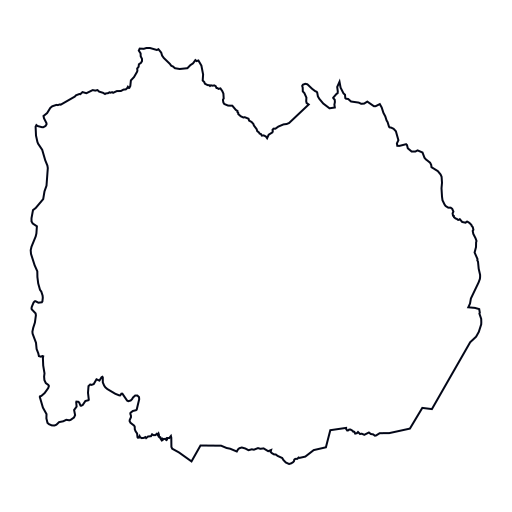 the district of Huanca Sancos, Ayacucho, Peru
{"feature_id": "86281439B89216609450497", "entity_name": "Huanca Sancos", "entity_type": "district", "adm_level": 2, "iso_a3": "PER", "parent_name": "Peru", "parent_adm1": "Ayacucho", "projection": "equal_earth", "projection_center": [-74.477, -13.931], "detail": "fine", "context": "isolated", "style": "outline", "palette": "ink", "viewbox_px": 512, "rotation_deg": 0, "n_neighbors": 0, "source": "geoboundaries", "source_scale": "gbopen_adm2", "svg_char_len": 5894}
<svg xmlns="http://www.w3.org/2000/svg" viewBox="0 0 512 512"><path d="M470.2,342.2L476.1,336.7L478.8,331.9L481.2,324.4L481.3,322.3L481.2,318.9L479.4,313.6L479.8,312.6L479.2,309.1L474.9,307.9L468.3,307.3L470.0,303.6L470.9,298.5L478.6,282.4L479.9,278.9L480.1,277.0L480.1,274.9L478.7,268.8L478.0,261.7L477.3,260.3L477.5,259.1L474.6,252.5L476.0,247.1L476.1,242.3L476.5,241.0L475.6,238.4L473.3,233.9L472.7,230.9L473.4,229.8L472.8,227.2L471.6,225.7L471.4,224.9L469.4,222.9L467.3,221.6L466.6,221.7L465.6,222.7L462.2,222.0L459.8,219.2L458.7,219.9L457.9,219.8L456.8,218.9L455.6,218.5L454.0,217.2L453.8,215.9L453.0,215.7L452.6,213.3L453.4,211.6L452.2,208.8L450.7,207.7L448.3,207.7L445.6,206.0L444.6,204.6L442.5,200.3L442.0,196.6L441.5,188.3L442.0,182.8L441.6,176.8L440.6,174.5L437.8,171.1L431.5,167.2L431.2,164.9L430.1,162.7L425.9,159.4L424.5,157.8L422.5,152.5L417.6,150.4L415.4,151.5L411.6,151.5L407.8,148.3L407.0,145.1L406.1,144.2L399.4,145.9L397.3,145.8L396.9,143.4L398.4,140.2L395.9,131.3L393.6,128.8L391.1,127.6L389.6,127.4L389.0,126.7L387.6,122.1L386.6,120.5L385.3,116.4L383.4,112.8L381.7,107.5L379.8,104.1L375.6,106.2L373.9,106.2L367.3,101.6L364.1,103.6L361.2,103.8L358.7,102.6L351.0,101.5L348.2,99.0L346.0,98.7L345.3,98.1L345.0,94.7L343.5,93.4L340.6,87.7L339.5,81.8L337.2,87.0L337.8,91.5L337.6,93.2L336.4,94.0L333.2,97.7L333.3,98.2L334.7,99.7L334.9,102.0L334.4,104.6L334.8,107.5L329.5,108.3L323.2,103.5L319.3,98.8L317.9,96.4L317.2,92.6L316.7,91.8L315.1,91.1L312.1,88.8L307.4,84.3L305.3,83.8L302.9,84.7L302.2,85.9L302.7,87.6L302.8,91.4L304.4,93.1L306.4,97.6L306.2,101.2L306.6,103.0L308.7,104.5L289.1,123.0L286.7,124.0L283.5,124.4L278.3,126.6L275.4,128.7L273.5,128.7L272.5,129.9L272.8,131.1L272.4,132.4L268.7,134.7L267.1,138.2L265.9,136.5L263.7,135.4L261.8,135.6L261.0,134.1L259.6,133.6L258.9,132.4L257.3,131.2L256.6,129.1L253.9,125.5L253.4,124.0L251.6,122.0L249.1,120.6L248.5,118.7L244.7,117.2L243.4,117.5L240.8,116.3L238.3,114.1L238.2,112.8L237.5,112.2L237.5,111.0L235.8,109.9L232.3,105.7L228.1,105.6L224.3,104.0L223.4,102.6L223.0,100.4L223.0,99.6L223.7,98.5L223.4,93.6L222.3,91.1L220.4,88.4L218.5,88.9L217.5,88.1L216.5,88.0L215.7,86.2L214.3,85.4L212.6,85.7L210.9,85.3L210.0,86.0L209.1,85.2L207.6,85.1L204.9,83.7L204.3,82.1L202.7,80.5L203.1,74.5L201.4,65.6L198.4,60.5L196.6,61.1L195.4,60.1L193.0,63.4L190.4,65.1L187.4,68.2L179.7,69.0L174.9,68.2L173.0,66.5L171.3,65.8L169.8,63.8L163.8,58.0L162.1,55.6L161.2,52.6L158.4,49.2L156.9,50.0L150.0,48.0L146.4,48.0L143.8,48.8L139.7,48.6L138.8,50.6L140.6,53.4L140.7,56.3L142.0,58.9L142.0,61.1L141.0,62.8L138.9,64.3L138.6,66.8L137.2,68.5L137.4,70.6L137.1,71.7L134.0,77.1L130.9,80.4L130.3,86.0L129.3,87.9L128.9,88.0L127.9,86.8L127.2,88.1L125.8,89.4L123.5,89.6L120.9,91.0L116.8,91.1L113.1,92.8L112.2,92.2L110.3,92.7L109.4,92.3L108.3,93.1L105.7,93.5L105.0,94.0L103.0,92.8L99.1,91.6L97.5,90.1L95.3,90.6L92.7,90.1L86.4,93.2L82.5,92.1L80.3,94.2L79.4,94.0L76.0,95.3L74.8,96.6L60.7,104.7L60.0,104.4L57.8,105.1L56.4,104.9L52.2,106.3L50.3,107.9L47.1,113.1L43.5,116.0L44.0,118.3L46.5,123.2L46.5,124.4L45.5,126.0L43.3,127.2L42.0,127.2L37.5,126.0L36.4,125.1L35.6,126.7L36.0,135.6L37.4,141.9L38.1,143.7L42.2,149.8L45.2,160.2L47.4,165.6L47.8,168.1L46.5,185.7L44.5,191.3L43.2,199.1L35.7,208.0L33.0,210.1L31.5,218.2L31.5,221.4L32.7,223.5L36.9,226.3L36.4,233.4L35.7,236.4L31.5,246.7L30.7,250.2L31.0,253.9L34.6,265.2L37.3,271.3L37.4,277.0L38.2,283.4L40.0,289.8L41.3,291.6L42.6,295.6L42.8,297.8L42.4,301.4L41.8,302.3L38.4,302.7L35.5,301.2L34.7,301.3L33.6,302.5L31.8,306.8L31.5,308.2L31.7,309.3L35.6,313.4L35.9,315.3L34.9,322.6L33.2,327.9L32.4,331.7L32.6,333.7L36.0,342.8L36.6,349.0L38.3,353.4L38.9,356.1L40.9,356.7L42.4,356.0L43.2,356.3L42.9,357.9L43.2,365.5L44.5,373.4L44.1,376.6L44.4,380.1L45.8,383.1L48.3,384.9L48.9,386.0L48.2,388.1L44.6,393.1L41.4,395.9L39.9,396.4L39.8,397.0L42.9,407.6L46.5,414.1L46.4,418.4L47.5,422.9L49.0,424.2L51.8,425.4L54.5,425.5L56.4,424.7L59.1,422.1L63.2,421.3L66.3,419.8L69.3,420.3L70.6,419.9L74.0,417.5L75.1,415.1L74.1,410.0L76.6,406.6L76.2,402.2L76.4,401.6L78.4,401.8L79.2,402.6L80.5,405.6L81.0,405.8L82.7,405.0L85.4,401.0L88.5,400.2L88.8,399.7L88.0,392.8L88.5,386.1L90.2,384.5L91.5,384.9L93.7,384.1L96.5,379.3L99.4,380.6L101.6,377.2L102.4,376.8L102.8,377.5L102.8,382.4L104.1,385.5L105.3,387.3L107.4,389.1L115.3,393.8L119.3,395.4L120.2,395.4L121.4,393.7L122.4,393.7L127.1,400.6L128.3,401.2L130.7,400.5L132.1,399.1L133.0,397.5L135.2,395.5L137.3,395.5L139.0,397.1L139.2,399.2L136.7,409.6L136.0,410.2L132.8,411.0L130.5,412.8L130.3,413.8L130.9,415.5L131.0,417.1L129.7,420.0L129.6,421.1L130.5,422.8L134.1,425.6L134.7,426.7L134.8,429.3L135.6,431.3L137.1,433.5L137.5,437.2L137.8,437.7L138.9,437.7L139.6,436.2L140.0,437.1L141.6,438.1L143.9,437.9L145.3,437.1L146.1,438.1L148.0,436.5L151.0,436.2L152.1,434.3L153.3,435.1L155.3,435.1L156.8,433.8L157.6,434.9L158.5,433.5L159.0,435.0L158.8,436.7L159.3,437.2L160.2,437.2L160.3,438.2L161.8,440.5L162.5,440.1L162.0,438.9L162.2,438.5L163.2,439.1L165.6,438.8L166.1,439.9L166.5,440.1L167.0,439.5L167.1,438.0L169.2,438.1L170.9,436.0L171.3,437.8L171.4,446.9L172.2,448.7L178.9,452.4L191.5,461.4L200.5,445.5L221.1,445.7L226.6,448.0L230.1,448.7L236.8,451.5L238.0,449.4L239.4,448.2L241.8,447.5L245.3,448.5L248.5,450.2L251.8,449.3L253.9,449.7L258.0,448.1L260.4,448.8L263.6,448.4L268.2,451.2L271.1,450.0L270.6,451.9L271.8,453.1L274.0,454.4L275.8,454.5L277.6,455.9L282.2,458.0L283.4,460.0L285.8,462.5L289.1,464.0L291.3,463.3L293.2,462.1L294.0,461.1L294.3,459.6L295.3,458.9L297.4,458.8L298.6,457.5L299.5,457.9L305.3,456.6L313.7,450.1L325.9,447.3L330.3,430.2L346.1,427.9L346.1,428.9L347.2,430.5L348.2,430.4L349.2,429.5L350.4,429.5L352.6,430.8L353.1,431.6L354.3,431.8L355.2,433.6L356.9,433.2L358.0,432.0L360.0,434.0L361.7,433.7L364.3,434.8L368.9,432.5L370.8,434.0L373.2,434.4L374.9,435.7L376.0,435.5L379.7,433.2L389.3,433.1L409.9,428.6L422.3,407.9L431.9,409.1L470.2,342.2Z" fill="none" stroke="#020617" stroke-width="2"/></svg>